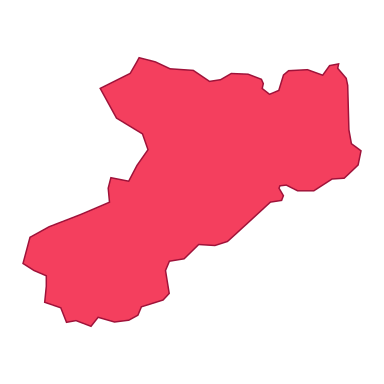 outline of Cheshire East
{"feature_id": "GBR-5706", "entity_name": "Cheshire East", "entity_type": "Unitary Authority", "adm_level": 1, "iso_a3": "GBR", "parent_name": "United Kingdom", "parent_adm1": "", "projection": "robinson", "projection_center": [-2.299, 53.164], "detail": "fine", "context": "isolated", "style": "filled", "palette": "rose", "viewbox_px": 384, "rotation_deg": 0, "n_neighbors": 0, "source": "natural_earth", "source_scale": "10m", "svg_char_len": 993}
<svg xmlns="http://www.w3.org/2000/svg" viewBox="0 0 384 384"><path d="M338.6,63.9L337.7,68.3L346.2,78.3L347.7,85.4L348.9,129.8L351.4,143.7L361.0,150.8L358.1,165.0L344.2,178.2L332.1,179.0L313.8,190.8L297.6,190.8L286.3,185.1L279.9,185.8L279.0,188.2L283.4,195.7L281.6,200.4L270.4,202.1L247.6,223.1L228.8,240.3L227.4,241.5L214.9,245.5L198.7,244.5L184.1,258.8L169.4,261.2L165.5,270.5L169.2,293.4L163.1,300.0L141.4,306.8L137.9,315.2L128.8,320.2L114.5,322.0L98.1,317.3L91.0,326.3L76.0,320.6L66.5,322.3L60.8,307.8L44.7,302.3L46.3,286.3L46.3,275.8L34.0,270.5L23.0,263.5L30.0,237.3L49.2,226.7L80.7,214.5L109.5,202.2L108.2,188.2L110.9,177.7L128.7,181.2L137.0,165.4L148.0,149.7L142.5,133.9L116.5,118.1L100.2,88.4L130.2,73.4L136.5,62.5L139.1,57.7L155.4,61.9L170.1,68.8L193.3,70.4L209.5,81.4L220.6,79.7L231.3,73.5L248.1,74.2L261.4,79.3L263.3,83.6L262.2,88.5L269.5,94.3L278.8,90.4L283.5,75.0L288.6,70.7L307.5,69.7L322.7,75.2L329.6,65.6L338.6,63.9Z" fill="#f43f5e" stroke="#9f1239" stroke-width="1.5"/></svg>